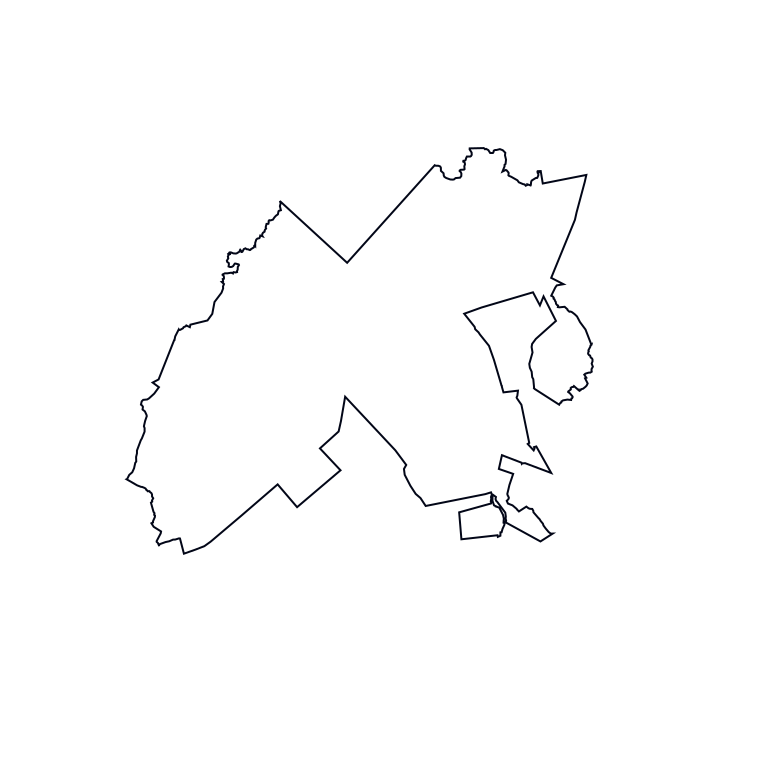 Coronado, Chihuahua, Mexico (orthographic projection), rotated 154°
{"feature_id": "50627088B73123540840509", "entity_name": "Coronado", "entity_type": "district", "adm_level": 2, "iso_a3": "MEX", "parent_name": "Mexico", "parent_adm1": "Chihuahua", "projection": "orthographic", "projection_center": [-105.103, 26.672], "detail": "fine", "context": "isolated", "style": "outline", "palette": "ink", "viewbox_px": 768, "rotation_deg": 154, "n_neighbors": 0, "source": "geoboundaries", "source_scale": "gbopen_adm2", "svg_char_len": 6166}
<svg xmlns="http://www.w3.org/2000/svg" viewBox="0 0 768 768"><g transform="rotate(154 384 384)"><path d="M200.7,295.2L200.8,301.0L199.4,300.9L199.9,304.6L198.5,305.0L195.1,304.5L193.5,303.8L191.9,304.0L191.4,305.6L190.7,306.6L188.7,308.0L188.4,311.3L186.7,312.9L185.9,314.5L185.8,315.7L186.6,317.2L186.3,319.2L187.0,320.0L187.3,321.7L186.3,323.2L185.6,323.6L185.5,324.7L182.2,327.1L181.5,328.1L180.3,328.3L179.9,328.8L180.2,328.8L180.3,329.5L179.0,344.6L180.7,353.7L180.9,360.1L182.0,363.1L183.5,366.1L184.5,367.3L185.7,367.7L186.6,370.0L186.4,370.7L187.8,374.2L192.7,376.0L194.0,376.9L193.2,377.9L193.3,378.5L193.8,378.9L194.2,380.7L193.6,382.7L193.9,383.9L193.6,385.2L194.2,386.4L193.6,387.2L193.9,388.5L195.0,390.0L187.8,395.6L185.5,396.9L178.9,395.0L187.2,406.1L140.4,447.9L135.7,453.8L114.9,477.7L110.5,483.2L153.4,494.6L149.8,506.7L152.6,507.9L153.1,507.4L152.3,506.2L153.3,505.9L153.2,505.1L153.9,503.8L155.9,502.1L157.4,502.6L162.1,502.1L163.2,501.1L164.8,498.5L165.2,498.2L167.6,500.6L167.8,500.1L169.7,500.1L170.1,501.7L171.4,502.7L174.4,506.2L174.8,508.6L178.9,514.6L180.5,516.4L180.7,517.0L179.5,518.9L179.4,519.5L180.1,522.2L180.7,523.0L184.4,523.0L180.2,526.8L179.6,528.1L178.3,528.5L176.0,532.1L175.0,536.5L173.6,538.7L174.8,542.1L176.9,544.3L180.3,545.0L181.6,545.6L183.0,545.6L184.2,544.2L184.9,543.9L187.3,545.1L187.7,548.5L189.2,550.6L190.3,550.7L190.9,552.3L203.7,558.2L204.2,557.3L203.8,553.6L204.7,551.5L205.9,550.7L206.7,550.6L209.8,552.1L211.2,551.0L212.4,549.6L213.4,549.3L214.8,549.8L215.3,549.1L214.6,548.2L214.5,547.1L215.0,545.8L216.3,544.6L217.4,541.8L218.1,541.6L221.2,542.9L222.4,542.7L222.7,542.2L222.1,540.8L222.2,539.2L223.4,537.0L225.2,536.1L229.4,537.7L231.5,537.2L232.7,537.6L234.8,538.8L237.8,541.9L238.9,543.7L238.9,545.1L238.1,547.3L239.4,550.6L238.1,553.4L238.1,554.8L239.3,556.2L242.1,557.7L242.5,558.4L364.0,509.1L397.4,594.1L397.7,591.7L399.6,589.5L400.5,585.4L402.5,585.7L403.1,585.5L405.0,583.0L407.4,582.6L409.6,581.7L411.8,580.4L414.3,580.8L415.3,581.5L416.3,581.0L416.9,579.6L417.7,578.7L419.4,579.4L421.6,576.8L421.8,575.4L423.2,574.9L424.2,574.0L424.5,573.3L426.4,573.0L427.4,572.4L428.5,571.0L428.4,570.0L430.1,571.7L431.7,569.9L432.3,569.7L434.0,570.2L435.5,569.8L437.9,567.3L439.3,564.4L439.6,565.3L440.1,565.1L440.4,564.3L441.3,563.8L444.6,563.5L445.3,563.1L445.9,563.2L447.2,564.7L448.3,565.3L449.1,566.7L450.9,566.7L453.2,565.0L453.7,564.9L454.2,565.1L453.9,565.8L454.4,567.7L454.9,567.4L455.1,566.9L456.2,566.3L459.2,566.0L460.2,566.3L462.2,567.5L463.8,569.3L464.8,569.9L465.4,569.9L465.6,569.5L465.0,568.7L465.4,568.2L466.1,568.4L466.6,569.3L467.1,569.2L467.0,568.1L468.4,567.1L468.9,565.2L471.2,563.7L471.4,562.5L470.5,560.7L470.9,559.6L472.2,557.8L471.1,556.6L469.5,556.0L467.9,556.1L465.4,557.6L464.6,557.3L462.2,555.2L462.2,554.5L464.1,553.3L465.4,550.9L466.7,549.9L467.0,549.0L468.5,549.3L470.2,550.5L470.7,550.4L471.3,549.6L472.5,551.0L476.5,552.2L478.4,553.2L481.0,553.2L481.3,552.9L480.7,551.2L481.4,549.3L482.0,548.7L482.9,549.0L483.7,546.6L485.1,546.9L484.0,544.0L485.9,542.3L486.7,540.4L490.0,537.3L500.4,532.0L507.6,522.3L514.8,518.5L532.0,522.2L533.6,520.2L536.0,523.3L536.9,522.8L539.2,522.9L540.2,522.2L543.4,522.0L544.6,522.4L544.6,523.0L550.8,518.3L553.1,515.3L553.4,515.4L584.6,486.9L591.3,486.7L587.7,479.8L594.7,476.1L601.5,474.1L603.6,473.9L607.4,475.3L609.4,474.6L611.5,472.0L610.8,470.6L610.7,469.1L612.2,466.9L610.9,464.2L611.0,460.3L611.3,459.1L614.9,455.5L618.3,451.3L618.5,449.3L620.1,446.1L625.5,441.2L627.3,440.0L635.2,432.5L636.4,430.0L638.8,427.1L640.7,422.9L642.1,422.2L645.6,417.8L649.0,415.0L652.8,414.0L656.5,411.2L657.1,411.2L650.3,401.1L647.4,398.0L646.5,397.5L644.8,395.6L644.1,394.5L644.0,392.7L643.4,392.1L643.4,391.2L641.8,390.5L641.8,389.8L640.9,387.9L640.9,386.5L641.8,384.5L641.5,382.5L643.6,381.0L643.9,379.9L645.5,379.5L647.2,370.1L646.9,368.5L647.7,367.6L647.9,366.8L647.5,366.2L647.7,365.9L648.2,364.9L651.9,361.8L652.3,360.8L654.1,360.8L653.6,356.6L649.0,349.2L650.2,347.6L657.3,342.4L657.5,341.7L656.9,340.3L657.1,336.8L656.6,338.4L656.2,338.4L649.6,337.7L646.0,336.8L641.8,336.6L639.8,335.7L635.9,335.1L635.1,334.6L638.2,319.2L626.1,317.8L616.5,317.0L608.9,318.3L569.9,328.2L523.6,340.4L516.1,311.4L460.9,325.5L469.8,354.2L445.6,361.2L438.9,369.6L424.5,389.6L402.9,319.5L399.5,301.5L403.3,298.9L405.2,293.3L404.9,281.0L403.7,271.3L401.2,265.5L400.0,256.1L341.2,240.6L335.3,239.7L335.5,237.4L337.4,235.5L337.8,234.0L339.5,231.7L339.4,230.8L340.2,229.7L372.7,235.7L382.5,210.5L348.3,198.3L348.7,196.7L345.9,196.6L344.4,199.6L343.3,199.2L341.0,201.8L337.6,204.6L336.6,206.0L337.4,206.9L335.3,210.5L334.4,214.2L334.6,222.4L336.9,224.6L336.7,224.7L338.3,226.7L337.7,231.5L335.8,235.3L334.5,236.4L332.9,233.4L334.2,231.7L334.4,229.7L333.9,228.5L331.4,215.2L332.6,211.5L333.7,209.7L334.2,207.4L334.6,207.1L335.8,207.6L335.5,206.6L312.4,173.9L297.9,175.6L299.6,176.4L300.2,177.4L300.9,178.8L302.0,183.1L302.7,186.9L302.4,188.8L303.2,192.0L303.5,194.9L303.8,195.2L305.9,203.2L305.4,204.6L305.5,206.7L307.6,207.9L308.6,209.0L309.8,211.4L318.6,210.3L319.5,213.0L319.5,213.6L321.7,218.6L325.0,222.2L324.9,225.2L322.8,225.9L321.7,226.9L321.5,228.7L321.7,229.3L321.4,231.1L315.5,238.3L307.3,246.6L318.0,257.3L309.2,268.3L294.9,253.0L295.1,251.9L294.6,252.1L291.9,251.0L272.7,230.7L274.5,261.1L276.8,261.5L277.0,260.0L278.6,258.7L281.1,267.1L279.3,267.4L269.6,305.1L270.8,313.0L270.7,313.8L269.3,315.0L266.5,319.3L280.3,324.1L279.3,329.7L278.9,330.6L279.1,331.1L278.8,332.6L274.6,357.5L272.9,372.3L276.1,386.5L276.4,389.0L278.0,393.2L277.5,395.7L281.1,412.0L262.8,410.0L209.9,401.1L209.4,386.3L202.2,392.8L201.8,365.3L227.7,358.0L233.3,355.1L235.1,352.6L236.7,347.2L244.6,338.4L245.8,334.6L245.9,330.3L247.8,325.2L247.7,322.9L250.6,315.2L251.1,314.5L250.7,313.4L235.6,288.6L234.4,289.5L232.7,289.7L232.3,290.5L230.3,290.8L226.0,289.6L222.8,287.6L221.9,288.8L221.1,288.8L220.3,289.4L220.0,290.1L221.0,294.2L222.0,296.1L221.7,296.5L218.5,297.2L218.0,298.5L217.2,298.8L216.1,298.8L215.1,298.4L214.2,298.9L211.8,293.2L211.3,293.4L211.2,292.2L209.9,292.3L209.1,292.9L207.1,292.5L204.0,293.2L202.5,293.8L200.7,295.2Z" fill="none" stroke="#020617" stroke-width="2"/></g></svg>